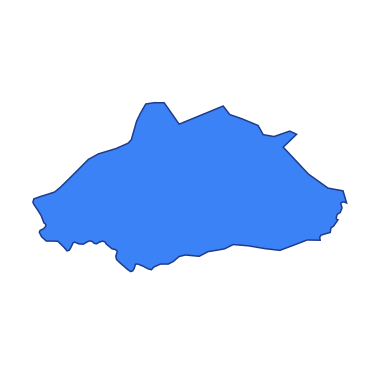 Tomás Gomensoro, Artigas, Uruguay, rotated 102°
{"feature_id": "84410073B21516970861413", "entity_name": "Tomás Gomensoro", "entity_type": "district", "adm_level": 2, "iso_a3": "URY", "parent_name": "Uruguay", "parent_adm1": "Artigas", "projection": "equal_earth", "projection_center": [-57.351, -30.496], "detail": "fine", "context": "isolated", "style": "filled", "palette": "blue", "viewbox_px": 384, "rotation_deg": 102, "n_neighbors": 0, "source": "geoboundaries", "source_scale": "gbopen_adm2", "svg_char_len": 1700}
<svg xmlns="http://www.w3.org/2000/svg" viewBox="0 0 384 384"><g transform="rotate(102 192 192)"><path d="M110.5,237.8L112.5,247.5L115.5,255.5L121.0,257.3L126.7,259.1L134.2,260.9L142.6,261.5L153.4,262.2L157.5,264.6L165.4,275.5L174.1,291.4L181.6,300.1L201.1,312.7L214.6,321.6L220.6,326.4L228.1,339.6L231.6,345.3L235.1,345.5L237.2,343.9L241.8,339.1L246.4,334.7L252.9,330.5L254.2,328.2L256.4,328.1L258.9,329.7L261.1,332.6L263.1,333.0L267.1,329.8L270.3,324.3L269.0,318.3L268.1,313.0L272.5,306.0L275.6,302.0L274.4,299.9L272.4,299.2L269.7,298.5L266.5,297.8L265.4,296.3L266.3,291.7L265.6,287.4L262.8,284.4L261.0,281.9L261.2,279.1L262.6,277.0L262.5,274.6L260.6,272.6L258.7,269.4L258.9,266.7L260.6,265.3L264.2,258.4L264.2,254.9L265.6,252.7L270.6,253.2L273.7,251.8L275.7,248.7L281.2,238.8L282.6,235.5L281.5,233.6L278.7,232.6L274.4,232.3L273.7,230.1L274.8,224.0L276.3,218.9L276.5,215.6L273.3,213.7L269.1,208.0L267.4,200.2L263.9,195.9L257.8,191.2L255.0,185.4L253.4,171.6L247.0,163.9L243.5,154.9L240.8,148.3L234.8,140.7L232.9,125.4L232.2,108.5L230.8,93.9L222.3,80.6L215.0,69.4L212.5,56.6L209.7,57.7L207.3,56.8L202.8,48.4L198.2,48.6L196.1,46.5L188.9,43.5L188.9,43.8L188.8,44.1L188.5,44.8L187.9,45.3L187.3,45.5L185.3,45.5L184.2,45.4L183.1,44.8L182.3,43.9L181.6,43.1L181.0,42.8L180.2,42.5L178.6,42.4L177.5,42.1L176.6,42.0L175.9,42.1L175.5,42.3L174.1,43.2L173.5,43.5L172.5,43.9L172.1,44.0L171.7,43.9L171.4,43.8L171.2,43.6L170.5,42.4L170.3,41.9L170.2,41.4L170.3,40.1L170.4,39.4L170.6,38.5L159.5,44.5L159.9,59.8L150.3,81.8L129.2,112.1L113.8,101.7L112.1,109.1L120.7,123.3L121.1,134.3L113.2,141.2L110.0,158.4L108.4,171.2L101.4,179.4L128.3,218.7L110.5,237.8Z" fill="#3b82f6" stroke="#1e3a8a" stroke-width="1.5"/></g></svg>